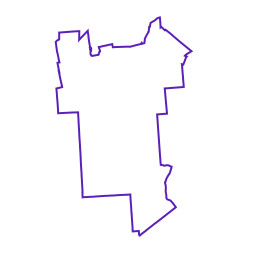 the district of Marzanesti, Teleorman, Romania, rotated 86°
{"feature_id": "2599482B49744648639079", "entity_name": "Marzanesti", "entity_type": "district", "adm_level": 2, "iso_a3": "ROU", "parent_name": "Romania", "parent_adm1": "Teleorman", "projection": "mercator", "projection_center": [25.534, 43.939], "detail": "fine", "context": "isolated", "style": "outline", "palette": "violet", "viewbox_px": 256, "rotation_deg": 86, "n_neighbors": 0, "source": "geoboundaries", "source_scale": "gbopen_adm2", "svg_char_len": 5276}
<svg xmlns="http://www.w3.org/2000/svg" viewBox="0 0 256 256"><g transform="rotate(86 128 128)"><path d="M236.1,124.3L236.0,124.1L236.1,123.9L235.7,123.3L235.6,123.0L235.4,122.8L235.2,122.6L235.0,122.3L234.7,121.9L233.9,120.8L233.5,120.0L232.8,119.1L232.4,118.4L232.2,118.1L232.1,117.9L232.0,117.7L231.7,117.4L231.2,116.8L230.7,116.0L230.3,115.4L229.8,114.8L229.2,113.8L228.6,112.9L228.2,112.3L227.6,111.4L226.9,110.4L226.7,110.1L225.9,109.0L225.4,108.2L224.9,107.4L224.5,106.7L224.0,106.0L223.6,105.4L223.4,105.1L222.9,104.3L222.5,103.7L221.4,102.1L221.0,101.4L220.4,100.6L219.4,99.1L219.0,98.5L218.5,97.7L217.5,96.3L210.4,85.8L205.8,88.7L203.3,90.7L202.3,92.9L202.1,93.5L201.8,93.9L201.7,94.0L201.3,94.3L200.8,94.4L200.3,94.5L200.2,94.6L199.8,94.6L199.1,94.5L198.5,94.5L197.9,94.5L197.3,94.5L196.8,94.5L196.2,94.6L195.5,94.7L195.2,94.7L194.5,94.8L194.0,94.8L193.5,94.8L193.2,94.8L192.6,94.7L192.4,94.6L192.1,94.6L191.8,94.5L191.7,94.5L191.1,94.5L190.5,94.4L190.1,94.4L189.8,94.4L189.5,94.4L189.1,94.4L188.5,94.4L188.0,94.5L187.6,94.5L187.4,94.5L187.1,94.5L186.8,94.6L186.2,94.8L185.9,94.8L185.7,94.9L185.4,94.8L185.0,94.8L184.8,94.8L184.8,94.7L184.5,94.5L184.2,94.3L183.7,94.1L183.3,94.0L182.9,93.9L182.5,93.7L182.1,93.5L181.8,93.4L181.6,93.3L181.2,93.2L180.9,93.0L180.6,92.8L180.2,92.5L179.9,92.3L179.5,92.1L179.2,92.0L179.0,91.9L178.9,91.7L178.6,91.5L178.2,91.2L177.9,90.9L177.6,90.7L177.4,90.5L177.2,90.5L177.2,90.4L177.1,90.2L176.9,90.0L176.7,89.9L176.4,89.8L176.0,89.6L175.6,89.4L175.4,89.3L175.0,89.1L174.9,89.0L174.6,88.9L174.4,88.9L174.2,88.8L174.0,88.7L173.8,88.7L173.7,88.7L173.4,88.5L173.2,88.4L172.9,88.3L172.5,88.1L172.4,88.1L172.2,88.0L171.8,87.9L171.6,87.8L171.5,87.7L171.3,87.7L171.2,87.6L169.6,87.2L169.4,88.0L168.1,90.1L167.8,91.5L168.2,94.5L167.5,95.7L167.1,97.9L157.1,98.0L116.5,98.0L116.4,88.1L91.1,88.6L91.0,71.1L90.9,69.5L74.8,69.7L69.6,69.7L68.1,69.8L68.6,68.4L62.8,65.7L61.9,65.4L60.8,64.4L59.9,66.2L59.4,65.7L58.5,64.5L57.7,62.8L55.8,59.3L45.5,70.3L38.3,77.6L38.2,77.6L36.2,79.7L32.6,83.7L33.1,84.4L29.4,87.8L29.9,88.5L26.8,88.4L19.9,88.5L20.1,89.8L20.8,91.5L22.5,93.7L24.7,98.1L26.4,98.6L28.6,99.2L28.6,99.8L29.9,100.0L31.1,100.2L32.5,100.5L33.4,100.7L33.4,101.0L33.5,101.1L33.9,101.2L34.2,101.3L36.2,102.6L36.5,102.9L37.1,103.2L37.8,103.6L38.8,104.2L39.9,104.9L40.1,105.0L40.6,105.0L42.4,105.3L43.1,105.5L43.6,105.5L44.0,105.6L44.4,105.7L44.5,105.8L44.6,106.0L44.7,106.9L44.9,107.8L44.7,107.9L44.4,108.1L44.1,108.3L43.9,108.4L44.0,108.5L44.3,108.5L44.7,108.4L44.9,108.3L45.0,108.4L45.0,108.5L45.1,109.0L45.3,110.5L45.5,111.8L46.1,115.0L46.4,116.7L46.6,117.6L46.9,119.3L47.1,120.0L46.8,122.9L46.6,128.7L46.5,131.8L46.4,134.7L46.4,137.5L43.2,137.9L43.5,139.6L43.8,142.1L44.2,144.0L44.4,146.2L44.6,147.4L45.0,149.6L45.1,150.1L45.2,151.5L45.8,151.4L48.1,150.8L48.8,150.6L49.4,150.6L49.7,150.6L49.8,150.6L49.9,150.9L49.9,151.1L50.0,151.2L51.5,151.9L52.5,152.0L52.8,152.2L52.9,152.5L53.2,155.0L53.5,158.2L53.6,158.6L53.3,159.1L53.2,159.6L52.8,159.8L51.8,160.1L51.7,160.2L50.5,160.2L49.6,160.2L49.4,160.0L48.9,159.6L48.6,159.4L47.6,159.4L47.6,159.8L47.1,159.8L47.1,160.3L46.6,160.3L46.6,160.2L46.2,160.2L46.2,159.7L46.1,159.3L46.1,159.2L45.8,159.2L45.7,159.2L45.6,159.3L45.3,159.5L45.0,159.7L44.8,160.0L44.7,160.4L44.2,160.3L41.8,160.5L38.5,160.8L35.9,161.0L34.8,161.1L34.3,161.0L31.3,161.2L29.1,161.4L28.3,161.4L29.9,163.2L31.5,165.0L33.0,166.6L36.4,170.4L36.6,170.6L34.0,170.3L30.8,170.1L28.0,169.8L27.9,174.9L28.0,190.0L28.6,190.0L30.9,190.2L33.7,190.4L34.9,190.5L35.0,190.9L35.3,191.7L35.8,192.6L36.7,193.7L37.2,194.1L40.1,193.9L44.5,193.6L46.8,193.5L48.5,193.1L51.0,192.8L52.7,192.5L53.6,192.5L57.8,191.8L58.0,193.8L60.8,193.5L65.0,193.0L67.4,192.7L67.2,193.0L74.2,192.1L82.4,190.8L82.6,190.8L83.6,196.7L87.2,196.6L93.0,196.6L98.3,196.5L108.4,196.6L108.5,191.5L108.6,185.4L108.7,181.3L108.9,176.7L113.6,176.8L116.1,176.8L119.7,176.9L129.1,177.0L132.7,177.1L136.1,177.1L140.8,177.1L146.2,177.2L149.4,177.2L154.5,177.3L158.0,177.4L161.8,177.5L166.7,177.5L167.9,177.5L169.0,177.5L172.8,177.6L176.5,177.6L179.0,177.7L180.6,177.7L184.1,177.7L187.8,177.8L188.9,177.8L189.0,178.0L189.6,178.0L190.6,178.0L192.0,178.1L193.0,178.0L194.0,178.1L193.9,177.6L193.9,177.1L194.0,175.6L194.0,174.1L194.0,173.0L194.0,171.5L194.0,170.0L194.1,169.0L194.1,167.9L194.1,166.2L194.1,165.8L194.1,163.6L194.1,162.4L194.1,161.0L194.1,159.1L194.1,157.0L194.1,155.8L194.1,155.3L194.1,154.5L194.2,153.3L194.2,152.4L194.2,151.2L194.2,150.4L194.2,149.4L194.3,148.5L194.3,147.6L194.3,145.4L194.3,144.6L194.3,143.5L194.3,142.3L194.3,141.4L194.3,139.7L194.4,138.3L194.4,137.5L194.4,136.4L194.4,134.5L194.5,133.7L194.6,133.4L194.5,133.2L194.5,131.0L194.5,130.3L196.8,130.4L198.3,130.4L200.3,130.4L201.8,130.4L202.5,130.4L203.9,130.4L205.0,130.4L205.8,130.3L206.9,130.4L208.1,130.4L210.9,130.4L212.1,130.5L213.2,130.4L213.3,130.3L215.8,130.4L216.5,130.4L217.6,130.4L218.3,130.4L219.3,130.4L220.3,130.4L221.0,130.4L221.8,130.4L222.3,130.4L223.4,130.4L225.0,130.4L225.6,130.4L226.0,130.4L226.5,130.4L227.1,130.4L227.6,130.4L228.1,130.4L229.0,130.5L229.8,130.5L230.8,130.5L231.3,130.5L231.5,130.5L231.5,128.9L231.5,126.9L231.5,126.0L231.5,124.8L231.5,124.4L232.2,124.4L234.4,124.4L235.3,124.4L236.0,124.4L236.0,124.5L236.1,124.3Z" fill="none" stroke="#5b21b6" stroke-width="2"/></g></svg>